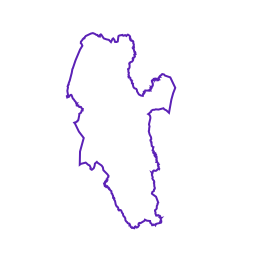 the district of Tarkwa Nsuaem, Western, Ghana, rotated 344°
{"feature_id": "2480657B19905724513669", "entity_name": "Tarkwa Nsuaem", "entity_type": "district", "adm_level": 2, "iso_a3": "GHA", "parent_name": "Ghana", "parent_adm1": "Western", "projection": "natural_earth1", "projection_center": [-2.01, 5.137], "detail": "fine", "context": "isolated", "style": "outline", "palette": "violet", "viewbox_px": 256, "rotation_deg": 344, "n_neighbors": 0, "source": "geoboundaries", "source_scale": "gbopen_adm2", "svg_char_len": 5807}
<svg xmlns="http://www.w3.org/2000/svg" viewBox="0 0 256 256"><g transform="rotate(344 128 128)"><path d="M182.6,91.0L178.0,87.8L177.3,86.4L175.8,85.6L175.2,85.8L174.9,86.2L173.2,86.7L172.8,87.4L172.9,87.7L172.2,87.5L171.9,88.0L171.4,88.1L171.0,88.7L171.3,89.8L170.9,89.7L170.4,90.4L169.7,90.3L170.1,89.6L169.0,89.4L169.0,88.6L168.4,88.6L167.8,89.0L168.2,88.2L167.7,87.9L166.9,88.0L166.7,88.4L166.3,88.1L166.1,88.7L165.7,88.9L165.3,88.5L164.0,89.0L163.9,89.5L164.1,89.7L163.8,90.2L164.1,90.6L163.9,91.4L164.1,92.6L163.5,93.6L163.5,94.1L162.9,94.4L162.6,95.0L161.7,95.3L161.5,95.1L161.6,96.1L161.1,96.5L160.7,96.2L160.7,96.7L160.3,96.8L160.2,97.5L159.8,97.6L159.8,97.9L159.4,97.6L159.2,98.1L158.9,98.1L158.1,97.8L157.9,97.4L156.9,97.4L155.0,96.7L154.8,97.1L153.2,97.5L153.2,97.9L153.6,97.9L153.8,98.5L152.6,99.5L152.0,99.3L151.1,101.2L149.3,100.3L147.7,98.7L146.8,95.3L147.0,93.8L146.7,92.7L145.1,91.5L144.5,90.0L144.6,87.6L145.0,86.9L144.3,86.3L144.6,86.0L144.3,85.3L144.5,84.2L144.8,83.9L144.3,83.4L144.5,82.9L143.9,82.3L143.8,81.3L144.1,80.6L143.4,79.4L142.6,79.5L142.6,78.5L143.4,77.7L143.2,76.7L144.1,75.3L143.8,74.3L144.3,72.6L144.2,71.6L144.5,71.2L145.4,71.2L146.3,70.0L146.9,67.8L146.8,66.7L147.1,66.2L147.4,65.9L147.7,66.1L148.5,65.4L150.2,65.3L151.4,64.4L151.8,63.8L151.5,63.0L151.6,62.7L152.1,62.6L152.1,62.0L152.5,61.8L153.0,62.0L154.3,61.3L154.2,59.2L154.6,58.9L155.1,59.4L155.6,59.2L155.3,57.7L155.8,57.6L155.8,57.2L155.7,56.7L155.1,56.4L155.3,53.5L154.7,53.0L154.6,52.5L155.8,52.3L155.6,51.4L156.1,51.3L156.3,49.9L156.6,49.6L156.6,48.4L156.4,48.0L156.9,46.7L156.4,45.9L156.5,45.6L155.7,45.3L155.6,44.6L154.8,44.6L154.6,44.2L154.5,43.0L155.1,42.5L154.6,41.8L155.2,40.7L154.9,39.7L153.6,38.2L153.2,38.2L151.8,39.1L150.8,37.9L149.3,38.1L148.3,37.5L148.3,37.0L145.1,36.7L144.1,37.1L142.0,42.0L140.7,42.2L139.3,41.7L139.2,39.5L138.5,37.8L137.8,38.0L135.3,40.7L133.9,38.0L131.8,36.9L129.4,35.2L128.0,30.8L127.5,30.5L126.3,31.1L126.2,32.3L125.2,32.0L124.5,31.2L124.2,30.1L123.3,29.8L122.1,28.4L120.4,27.1L118.4,27.0L112.9,27.9L111.7,28.6L110.9,29.7L110.2,29.5L109.9,30.0L109.0,30.1L108.5,30.7L106.5,32.1L106.0,33.5L106.5,34.2L106.8,36.4L103.6,39.3L96.2,48.5L91.3,55.6L90.8,56.0L89.1,59.5L85.1,66.3L83.2,68.8L83.2,69.4L82.9,70.0L82.2,70.2L82.0,70.8L81.4,71.3L81.5,72.4L79.9,75.6L79.5,79.4L79.0,80.1L78.0,80.5L78.0,81.9L80.0,81.7L80.6,81.0L81.9,80.4L82.4,80.4L82.8,80.9L83.1,84.5L83.7,85.4L84.3,87.4L84.9,88.3L84.9,89.6L85.1,90.4L85.8,90.4L85.1,91.3L84.9,92.2L85.3,92.5L86.5,92.6L86.4,93.3L87.0,94.4L88.1,94.5L88.7,95.0L88.9,96.6L89.8,97.2L89.2,98.7L88.2,98.6L87.1,100.3L85.0,101.0L84.8,102.0L82.4,106.7L81.8,106.9L81.2,107.7L80.6,107.6L79.4,108.2L78.9,108.0L77.8,108.1L78.3,109.3L79.8,117.9L82.7,125.4L75.4,137.4L71.5,150.0L72.9,149.5L77.8,149.6L79.8,152.7L80.5,153.1L80.8,153.5L81.2,156.1L80.6,156.8L81.4,158.0L81.7,158.2L83.9,157.3L85.4,155.3L86.4,153.1L88.7,152.0L89.0,152.8L92.3,156.8L93.0,158.9L92.7,161.8L95.4,166.7L96.1,168.7L95.6,169.7L95.2,169.7L94.1,170.9L94.0,171.9L93.3,171.7L93.2,172.4L93.0,172.2L92.8,172.7L92.1,172.8L92.1,173.5L91.1,173.4L90.7,173.9L90.9,174.4L90.6,174.6L90.4,175.4L89.7,175.1L89.7,176.9L90.0,177.2L89.8,177.6L90.5,178.3L90.8,178.1L90.8,178.3L91.1,178.3L91.1,178.7L92.1,178.4L92.3,179.3L92.7,179.7L92.6,180.2L93.1,180.3L93.3,180.9L93.0,181.7L93.6,182.1L93.8,183.0L94.6,184.1L94.2,186.3L94.7,186.9L94.6,187.8L95.0,188.8L94.4,191.1L94.8,191.5L95.4,191.4L95.5,191.9L94.9,192.9L95.4,194.6L95.1,198.3L95.5,200.4L96.0,200.6L96.5,201.7L96.5,203.0L96.1,203.7L96.7,204.8L97.6,204.6L98.3,204.9L98.7,205.5L99.0,208.1L99.5,209.0L99.3,210.5L99.5,211.7L100.1,212.3L100.1,212.9L100.5,214.0L100.1,215.7L100.3,216.7L100.8,217.8L101.2,218.2L101.5,219.4L102.9,220.3L102.6,221.8L103.2,221.7L103.4,223.9L104.0,224.6L104.4,224.6L104.4,225.2L106.0,225.5L106.1,225.9L106.5,226.1L107.4,224.8L108.1,224.7L109.0,226.1L110.2,225.9L111.8,224.6L111.5,223.5L112.1,222.6L112.9,222.4L113.8,222.9L118.3,221.7L119.0,220.8L120.6,222.3L123.6,223.5L123.3,225.2L124.2,226.4L124.4,228.1L125.4,228.3L126.0,227.9L127.3,228.6L127.5,229.0L128.1,228.1L128.6,228.2L129.0,227.9L132.5,228.1L132.8,227.5L133.6,228.0L134.2,227.4L134.1,226.6L134.3,226.2L133.8,226.0L134.3,225.3L134.5,224.1L135.0,223.8L134.6,223.8L134.6,223.5L134.4,223.8L134.2,223.6L134.2,222.6L133.6,222.2L134.0,221.6L133.9,220.9L132.9,220.0L131.8,220.3L130.9,219.9L131.0,218.9L130.7,218.0L131.2,216.8L131.1,215.4L131.3,214.5L132.7,213.9L133.4,213.3L134.2,210.9L135.4,209.6L135.6,208.7L136.5,208.1L136.0,201.8L133.0,198.0L132.9,197.5L133.8,196.2L135.5,195.7L136.1,194.2L137.0,193.8L137.3,193.0L137.2,191.4L137.8,188.8L137.7,188.0L138.4,187.2L138.3,186.8L138.4,185.9L137.8,184.6L137.5,183.2L138.2,182.2L138.0,179.8L138.6,178.0L138.5,177.5L139.1,178.1L140.0,176.5L140.9,176.0L141.3,176.0L142.2,176.7L143.5,176.8L145.5,175.6L146.1,175.6L146.5,176.2L146.8,175.9L146.7,175.5L146.5,175.4L146.8,173.6L146.4,173.4L146.7,172.4L146.5,171.8L146.9,171.3L147.4,171.3L147.2,170.8L147.4,170.4L146.9,169.7L146.7,168.7L146.1,168.5L146.3,168.3L146.3,167.7L146.7,167.5L146.4,166.4L147.0,165.9L147.5,163.7L147.3,163.7L147.5,163.4L147.4,163.1L146.5,163.3L145.9,161.8L146.4,161.3L147.1,161.5L147.6,161.2L147.4,160.7L146.9,160.6L147.1,159.9L146.1,160.0L145.7,159.4L146.0,158.8L145.6,158.5L146.4,157.6L145.4,156.4L146.4,154.9L146.7,153.7L147.1,153.4L146.4,152.7L145.9,151.7L146.1,151.5L146.1,150.3L146.4,149.4L146.2,148.6L146.7,148.2L146.5,147.1L146.1,146.5L146.3,145.7L147.3,145.1L147.6,143.3L147.0,140.1L147.1,136.7L147.6,136.1L148.4,133.8L149.1,132.6L149.2,130.2L152.1,125.0L152.5,123.7L152.5,122.2L152.1,121.1L151.3,120.2L152.5,119.8L153.2,119.2L154.5,118.9L155.2,117.8L156.9,117.4L158.6,117.8L159.8,117.7L162.4,118.7L167.5,118.8L168.1,120.1L169.8,121.7L171.6,124.7L177.5,112.7L181.0,107.0L184.5,102.4L182.6,91.0Z" fill="none" stroke="#5b21b6" stroke-width="2"/></g></svg>